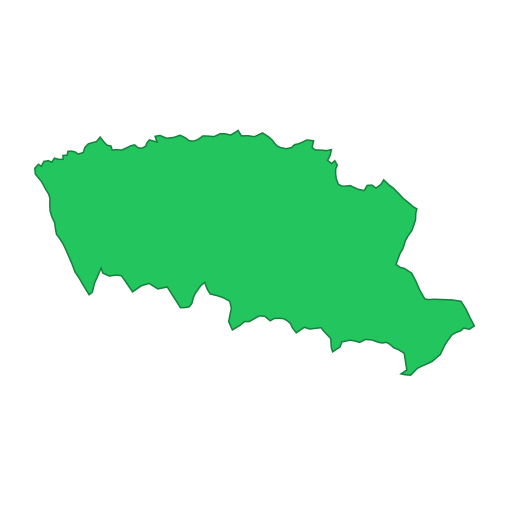 outline of Japorã, Mato Grosso do Sul, Brazil, rotated 349°
{"feature_id": "56859067B58863435977493", "entity_name": "Japorã", "entity_type": "district", "adm_level": 2, "iso_a3": "BRA", "parent_name": "Brazil", "parent_adm1": "Mato Grosso do Sul", "projection": "natural_earth1", "projection_center": [-54.53, -23.825], "detail": "fine", "context": "isolated", "style": "filled", "palette": "green", "viewbox_px": 512, "rotation_deg": 349, "n_neighbors": 0, "source": "geoboundaries", "source_scale": "gbopen_adm2", "svg_char_len": 2931}
<svg xmlns="http://www.w3.org/2000/svg" viewBox="0 0 512 512"><g transform="rotate(349 256 256)"><path d="M395.9,205.6L392.2,209.6L386.8,212.2L383.3,208.5L378.6,207.9L374.7,212.4L368.8,209.9L365.7,207.7L362.1,204.9L357.2,204.5L353.6,203.8L350.5,201.2L349.5,195.5L349.9,190.3L350.8,185.8L353.1,182.3L351.5,177.5L347.9,179.7L344.5,175.8L348.1,171.2L350.3,166.0L345.2,166.0L339.9,164.4L334.3,163.2L331.8,160.1L334.5,153.9L328.1,151.8L322.9,153.2L318.9,154.0L315.3,154.0L311.3,156.4L306.0,156.4L301.2,154.5L297.8,152.1L295.8,148.9L293.9,145.1L291.1,141.5L285.9,136.4L282.0,137.4L277.2,138.6L271.1,136.4L264.6,135.3L262.4,129.3L259.3,130.6L254.1,132.4L249.5,130.3L244.4,129.1L237.7,130.8L231.9,129.2L226.8,128.0L221.2,130.6L216.7,131.3L212.5,130.2L209.0,126.3L204.5,123.0L198.1,123.9L190.8,123.4L184.7,119.3L179.8,119.3L180.6,125.2L177.5,123.7L173.4,121.7L170.7,123.9L168.7,127.1L164.7,128.5L160.9,127.3L158.0,123.7L154.0,123.9L149.1,125.3L144.2,126.4L139.1,124.9L135.1,124.7L134.6,120.4L130.8,118.7L128.4,114.9L125.7,109.5L121.3,113.2L112.8,113.9L108.7,116.9L106.1,121.5L100.8,122.0L98.2,119.3L94.9,117.8L91.3,117.4L89.9,121.0L85.7,120.4L85.1,124.3L80.9,123.5L76.8,121.5L73.5,124.9L70.3,122.8L65.7,122.7L62.5,127.0L59.9,124.5L55.6,127.7L55.0,133.5L59.7,142.1L62.1,149.9L64.3,155.8L64.7,160.4L63.4,166.0L62.5,172.3L63.0,178.1L64.7,185.1L64.3,191.6L64.3,196.6L66.3,200.7L68.7,206.6L70.3,212.5L72.1,220.5L73.8,228.3L75.4,237.5L78.1,243.7L80.7,251.2L84.8,262.2L88.5,260.2L92.1,252.2L101.7,238.3L102.4,243.6L108.2,247.7L115.0,248.0L120.2,249.7L128.0,267.7L137.9,263.3L146.0,262.6L153.4,269.6L163.0,269.5L172.0,292.4L176.5,293.1L180.7,293.2L184.0,290.3L186.5,285.0L189.4,281.0L196.3,274.4L200.7,272.2L201.7,278.9L203.7,284.5L210.5,287.6L216.2,290.9L221.6,295.4L221.8,302.8L219.6,307.8L216.7,315.2L218.7,324.1L226.8,321.1L232.3,318.2L236.8,319.1L242.2,317.3L247.9,315.4L253.1,316.8L257.5,322.3L262.0,320.8L267.5,321.7L271.5,323.0L274.4,325.6L276.9,328.9L278.2,333.8L280.9,339.1L289.8,335.2L294.9,338.0L301.2,338.4L306.3,338.8L307.9,342.3L313.6,351.3L312.5,360.2L312.9,364.7L321.1,361.3L324.0,356.7L332.3,356.6L337.0,358.4L341.2,360.6L347.5,358.8L353.9,360.6L360.1,364.3L363.9,365.6L367.5,365.6L370.4,368.1L373.7,372.3L377.9,375.1L382.9,379.7L382.3,396.6L375.9,399.4L379.6,401.0L385.1,402.5L392.9,397.1L397.7,395.7L402.6,394.7L408.6,393.2L414.2,390.0L418.1,387.9L420.7,384.3L424.0,379.9L426.9,376.7L433.4,370.7L437.9,369.2L442.5,368.6L446.1,366.4L451.4,368.6L457.0,366.3L454.3,357.4L452.1,348.6L448.6,339.5L440.0,336.5L435.7,335.5L422.0,332.3L417.8,331.9L413.5,330.4L410.4,321.3L409.4,316.9L408.2,311.5L405.5,302.5L399.3,296.5L395.5,294.8L391.9,291.0L395.3,285.2L398.4,280.2L401.0,277.6L403.3,273.7L405.5,269.6L409.3,265.0L413.5,261.2L416.4,256.5L419.5,250.9L421.1,244.2L422.9,240.4L419.6,237.6L415.8,232.6L411.4,227.5L409.0,223.5L406.6,219.9L404.2,216.1L400.1,211.6L395.9,205.6Z" fill="#22c55e" stroke="#15803d" stroke-width="1.5"/></g></svg>